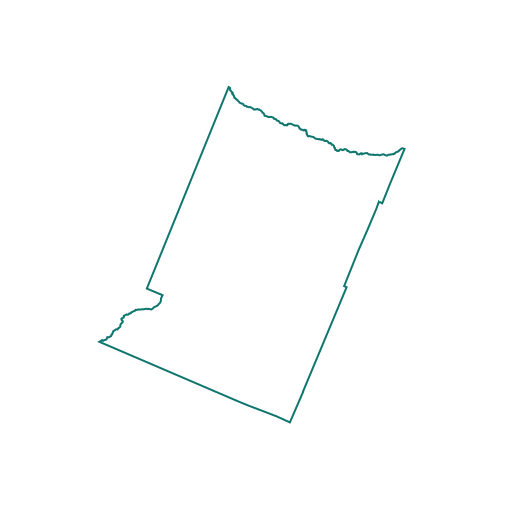 Tandil, Buenos Aires, Argentina (Albers equal-area conic projection), rotated 69°
{"feature_id": "61730980B95090625918861", "entity_name": "Tandil", "entity_type": "district", "adm_level": 2, "iso_a3": "ARG", "parent_name": "Argentina", "parent_adm1": "Buenos Aires", "projection": "albers", "projection_center": [-59.395, -37.335], "detail": "fine", "context": "isolated", "style": "outline", "palette": "teal", "viewbox_px": 512, "rotation_deg": 69, "n_neighbors": 0, "source": "geoboundaries", "source_scale": "gbopen_adm2", "svg_char_len": 6027}
<svg xmlns="http://www.w3.org/2000/svg" viewBox="0 0 512 512"><g transform="rotate(69 256 256)"><path d="M280.0,433.0L384.7,325.4L393.1,316.5L413.2,294.1L423.5,284.0L399.6,260.6L399.4,260.7L317.6,182.6L315.7,184.5L286.9,157.8L272.5,143.5L254.8,126.5L249.5,122.0L249.9,121.9L250.1,121.7L250.2,121.3L250.5,120.8L250.5,120.5L251.5,119.8L251.7,119.7L252.1,119.3L236.5,104.9L209.3,79.0L209.0,79.5L208.3,80.1L207.9,80.6L207.8,81.1L207.9,82.0L208.0,82.2L208.2,82.4L208.3,83.1L208.5,83.4L208.6,84.4L209.0,84.7L209.4,85.8L209.2,86.4L209.5,87.4L209.3,88.4L209.7,89.2L210.0,89.5L209.9,90.3L210.2,90.5L210.2,91.3L209.8,92.0L209.8,92.9L209.6,93.4L209.6,93.8L209.3,94.2L209.4,94.8L208.9,95.9L209.0,96.6L209.3,97.8L207.9,99.4L207.5,99.7L207.2,100.2L206.9,100.3L206.6,100.9L206.5,102.0L206.3,103.0L206.4,103.9L206.3,104.4L206.1,104.9L205.0,106.1L204.9,106.4L204.9,107.0L204.6,107.6L204.4,108.6L204.0,109.5L203.9,109.8L203.7,110.0L203.4,110.1L203.3,110.3L203.3,110.5L202.8,111.9L202.7,112.3L202.5,112.6L202.0,113.1L201.9,113.9L200.3,115.2L199.8,115.3L199.3,116.6L199.0,119.1L198.8,120.0L198.8,120.3L198.9,120.5L197.9,120.6L197.8,121.3L197.8,121.6L198.0,121.9L197.9,122.5L198.2,123.0L198.1,123.3L197.7,124.0L197.5,124.5L197.2,124.9L196.8,125.0L196.7,125.2L196.4,125.2L196.2,125.1L195.4,125.0L194.5,125.7L194.1,126.8L194.1,127.3L193.6,127.5L193.5,128.0L193.5,128.3L193.4,129.7L192.9,130.6L192.8,131.2L192.0,131.5L191.5,131.9L191.0,132.1L190.9,132.3L190.8,132.9L190.6,133.0L190.0,133.0L189.8,133.1L188.5,133.9L188.1,134.6L187.9,135.2L188.3,136.2L188.3,136.4L188.2,136.6L188.2,137.3L188.1,137.5L187.4,137.9L186.8,138.6L186.8,139.9L187.3,140.5L187.6,141.1L187.5,141.3L187.3,141.4L187.1,142.0L187.0,142.6L186.8,142.7L186.3,142.6L185.8,143.0L185.5,143.5L185.5,143.8L185.3,143.9L184.0,143.8L183.5,143.6L183.3,143.7L183.3,143.9L182.8,144.1L182.3,144.1L181.4,143.7L181.0,143.8L180.2,144.3L179.4,144.6L179.3,145.3L178.6,145.4L178.0,145.8L177.4,145.8L177.2,145.9L177.3,146.4L177.1,146.6L177.1,147.2L177.0,147.3L176.3,147.5L176.0,147.8L175.4,147.8L174.6,148.1L173.7,148.9L173.7,149.4L173.6,149.5L173.6,150.0L173.0,150.8L172.2,151.5L171.7,151.4L171.5,151.6L171.3,151.5L171.2,151.6L170.9,152.0L171.1,152.3L171.0,153.2L170.6,153.4L170.5,154.1L170.4,154.2L170.2,154.2L169.7,154.6L169.7,155.2L169.5,155.7L169.1,156.1L168.3,157.6L167.4,158.7L167.1,158.9L166.1,159.3L165.4,159.9L165.3,160.2L165.0,160.5L164.7,160.9L164.4,161.7L163.3,162.9L163.1,163.3L163.1,164.1L162.9,164.5L162.7,164.7L162.1,164.7L161.4,164.9L160.5,164.6L159.9,165.0L159.7,164.8L159.0,164.6L158.8,164.5L157.3,164.3L157.0,164.1L156.7,164.1L156.6,164.3L156.6,164.8L156.2,164.8L156.2,165.1L155.7,165.4L155.9,165.9L155.8,166.2L155.8,166.5L155.6,166.9L155.4,167.0L155.1,167.0L154.5,167.7L154.4,168.3L154.2,168.4L153.8,169.0L153.2,169.1L152.8,169.2L152.6,169.6L152.2,169.7L150.7,169.8L149.6,170.1L149.3,170.4L148.8,171.4L148.4,172.1L148.3,173.0L147.8,173.3L147.5,173.8L147.0,174.1L146.5,174.6L146.1,175.1L145.2,175.8L145.0,176.3L144.8,176.5L144.7,177.2L144.5,177.7L144.2,178.1L144.1,178.8L144.4,179.4L144.9,179.5L145.2,180.2L145.0,180.5L144.7,180.5L144.6,181.1L144.3,181.5L144.3,181.8L144.2,182.0L144.1,182.7L143.5,183.1L143.2,183.1L142.9,183.4L142.3,183.5L141.5,183.8L141.5,184.1L141.5,184.5L141.3,184.9L140.6,185.7L140.1,186.0L139.0,186.0L138.7,186.3L138.2,186.5L138.0,186.8L137.5,187.1L137.2,187.7L136.8,188.1L135.5,188.3L135.1,188.6L134.4,190.0L133.5,190.0L132.6,190.6L132.5,191.0L131.6,191.8L131.5,192.1L131.2,192.7L131.0,194.2L130.7,194.6L130.2,195.0L130.1,195.4L129.4,195.9L129.2,196.1L128.5,196.9L128.4,197.4L128.2,197.7L126.3,197.6L125.5,197.8L125.2,198.0L124.5,198.6L123.6,198.6L122.7,199.0L122.1,199.3L121.9,199.3L120.7,200.6L120.4,200.6L120.3,201.2L119.8,201.7L119.5,201.8L119.2,202.1L119.1,203.5L118.9,203.8L119.0,204.0L118.7,204.7L118.7,205.0L118.6,205.4L118.1,205.7L117.7,205.8L117.3,206.0L117.0,206.4L116.1,206.9L115.5,207.4L115.0,208.0L114.5,209.3L114.1,210.0L113.3,211.0L113.0,211.0L112.7,211.3L112.4,211.4L111.5,213.0L110.9,213.3L109.7,213.5L109.2,213.8L108.8,214.2L108.7,214.8L107.7,215.5L107.3,216.0L106.8,216.5L106.1,216.5L104.7,217.2L104.1,217.3L103.3,217.8L102.8,218.3L102.5,218.2L101.9,218.4L101.7,218.7L101.2,218.9L100.8,219.4L100.1,219.2L99.8,219.4L99.3,219.3L99.0,219.4L98.3,219.2L97.8,219.5L97.3,219.4L96.8,219.8L96.3,220.0L95.9,220.0L95.9,219.7L95.9,219.4L95.6,219.2L94.8,219.5L93.8,220.1L92.2,220.5L91.7,220.8L91.4,220.7L90.7,220.2L90.0,220.0L89.6,220.1L88.9,220.6L88.5,221.0L247.3,369.6L259.1,357.3L259.4,357.8L260.1,358.3L261.5,359.9L262.7,360.3L264.5,361.4L265.7,363.0L266.1,364.3L266.9,365.3L266.9,365.9L267.2,367.1L267.2,369.3L267.3,369.7L267.8,370.6L268.2,371.7L268.4,372.9L267.9,373.8L267.4,374.3L267.0,375.0L266.7,375.7L266.8,376.1L266.4,376.5L265.8,377.6L265.8,378.0L265.7,378.4L265.6,379.2L265.5,380.0L265.1,380.8L264.9,382.1L264.4,383.3L264.2,384.3L263.9,384.9L263.6,385.2L263.7,386.5L263.4,387.3L263.1,387.6L263.2,388.0L263.4,388.1L263.7,388.6L263.8,389.9L263.7,390.7L263.9,391.5L263.9,392.6L264.4,393.1L264.6,393.4L264.6,393.7L264.2,394.6L264.3,395.1L264.6,395.4L264.7,395.7L264.7,396.1L264.9,396.5L264.7,397.1L264.2,397.7L264.2,397.8L264.3,398.5L264.4,399.7L264.7,400.4L264.5,400.8L264.7,401.0L265.2,401.0L265.5,401.4L266.0,401.6L266.0,402.2L266.3,402.9L266.1,403.6L266.2,403.9L266.4,403.9L266.7,404.2L267.0,404.4L267.9,404.3L268.8,403.8L269.5,403.8L270.3,404.6L270.4,405.2L270.5,405.6L271.1,406.5L271.2,406.9L271.5,407.2L272.3,407.5L273.3,408.1L273.5,408.4L274.0,409.5L273.9,410.2L274.4,410.9L274.9,411.4L274.9,411.6L274.5,412.3L274.4,412.7L274.5,413.2L274.4,413.5L274.8,414.2L274.7,414.7L274.9,415.2L275.0,416.1L275.5,416.5L275.8,416.8L276.1,417.0L276.4,417.4L277.0,417.9L277.2,418.2L277.5,418.4L277.6,419.1L278.4,419.5L278.8,420.0L278.8,420.9L279.2,421.7L279.2,422.3L279.1,422.8L278.5,423.5L278.5,423.9L280.2,425.4L280.3,426.2L280.4,426.6L280.2,426.9L280.2,427.6L280.2,428.3L280.5,428.8L280.5,429.0L280.2,429.3L279.5,429.6L279.3,430.0L279.6,430.9L280.0,431.3L280.2,432.1L279.9,432.4L280.0,433.0Z" fill="none" stroke="#0f766e" stroke-width="2"/></g></svg>